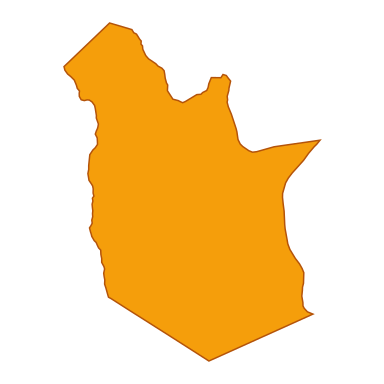 the district of Coelho Neto, Maranhão, Brazil
{"feature_id": "56859067B80380733340566", "entity_name": "Coelho Neto", "entity_type": "district", "adm_level": 2, "iso_a3": "BRA", "parent_name": "Brazil", "parent_adm1": "Maranhão", "projection": "mercator", "projection_center": [-43.134, -4.232], "detail": "fine", "context": "isolated", "style": "filled", "palette": "amber", "viewbox_px": 384, "rotation_deg": 0, "n_neighbors": 0, "source": "geoboundaries", "source_scale": "gbopen_adm2", "svg_char_len": 1970}
<svg xmlns="http://www.w3.org/2000/svg" viewBox="0 0 384 384"><path d="M108.5,297.2L111.2,298.7L128.4,309.7L173.6,338.4L208.9,361.0L312.9,314.1L307.4,311.8L304.2,308.3L303.0,305.9L302.9,302.6L301.8,296.1L302.4,290.3L302.5,287.2L303.5,283.3L303.8,272.7L302.1,268.5L299.5,263.9L295.3,258.4L289.9,249.5L287.8,243.9L287.2,240.3L285.1,228.7L284.7,224.4L284.6,221.9L284.1,211.1L283.6,207.3L283.1,203.3L282.5,197.3L282.6,193.4L285.6,182.9L288.3,178.1L292.1,173.1L303.5,160.4L308.6,153.3L314.3,146.6L316.6,144.4L320.0,140.2L282.2,145.6L274.0,146.8L256.7,151.7L252.5,152.2L248.8,150.7L242.7,146.5L240.2,144.0L238.0,139.5L236.9,131.8L236.1,128.6L231.4,114.3L228.3,106.8L227.1,102.1L227.6,99.9L227.2,96.3L228.8,90.6L229.0,88.1L230.6,81.1L228.2,78.1L226.3,75.5L223.0,74.5L220.9,77.7L211.3,77.6L208.8,83.8L208.1,87.5L206.7,90.5L202.7,92.5L200.9,94.3L196.8,94.6L185.4,101.5L182.7,102.7L180.6,101.8L178.3,100.6L172.9,99.2L167.4,90.7L167.7,85.0L166.5,83.0L165.2,78.1L164.7,74.1L164.1,70.7L161.9,68.2L158.0,66.1L155.9,63.8L148.5,58.8L145.7,55.5L142.8,49.3L142.5,45.9L141.0,44.1L141.2,41.0L139.7,39.3L136.5,34.1L133.7,32.7L131.9,29.6L109.6,23.0L64.0,66.6L64.9,70.2L67.6,74.0L70.8,76.6L74.3,80.1L76.4,85.2L77.3,88.4L79.5,91.0L79.2,93.3L79.3,96.4L81.2,99.8L84.3,100.6L87.1,99.9L89.4,100.1L92.1,102.0L94.6,105.5L95.3,108.6L96.4,115.5L96.3,118.0L98.4,124.0L98.0,126.5L97.4,128.7L96.4,130.8L95.3,134.1L97.2,137.9L97.4,141.3L97.5,144.4L95.3,147.7L92.9,150.0L89.8,154.7L88.7,165.6L88.7,169.4L87.9,173.6L89.0,180.4L91.2,183.6L92.6,185.9L93.2,188.8L93.1,193.1L93.9,196.1L92.4,198.2L92.9,201.1L92.1,204.2L92.4,207.5L92.8,210.8L92.5,213.6L92.7,216.7L91.8,220.1L92.2,223.2L91.0,225.6L89.5,227.9L90.5,231.9L91.2,234.0L91.8,236.4L94.2,240.6L96.1,242.4L97.5,245.6L98.6,247.9L100.7,250.1L100.9,254.5L101.7,258.6L101.7,262.4L104.0,266.7L104.6,269.0L103.7,273.2L104.1,276.3L104.8,280.0L104.6,284.1L105.9,288.0L106.9,291.6L107.7,294.5L108.5,297.2Z" fill="#f59e0b" stroke="#b45309" stroke-width="1.5"/></svg>